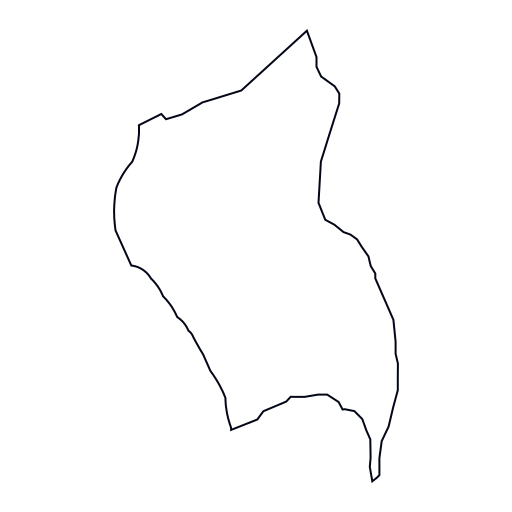 Mit Ghamr, Ad Daqahliyah, Egypt (Natural Earth projection)
{"feature_id": "37247803B10909701940084", "entity_name": "Mit Ghamr", "entity_type": "district", "adm_level": 2, "iso_a3": "EGY", "parent_name": "Egypt", "parent_adm1": "Ad Daqahliyah", "projection": "natural_earth1", "projection_center": [31.269, 30.712], "detail": "fine", "context": "isolated", "style": "outline", "palette": "ink", "viewbox_px": 512, "rotation_deg": 0, "n_neighbors": 0, "source": "geoboundaries", "source_scale": "gbopen_adm2", "svg_char_len": 3394}
<svg xmlns="http://www.w3.org/2000/svg" viewBox="0 0 512 512"><path d="M231.1,429.9L257.3,419.5L263.4,411.2L286.2,401.6L290.7,396.8L297.6,396.9L304.4,396.9L318.1,394.6L327.2,394.6L338.6,402.0L342.6,409.5L344.7,409.2L354.4,411.1L362.3,419.1L366.3,430.3L370.3,439.4L370.6,457.7L369.8,466.9L372.3,481.3L377.1,477.5L379.4,475.1L379.4,472.7L379.4,470.2L379.4,465.4L379.4,463.0L379.4,458.1L381.7,441.1L388.6,426.6L393.2,407.2L395.0,400.6L397.8,390.2L397.8,385.4L397.8,378.1L397.9,363.5L395.6,353.8L395.6,341.7L393.4,319.8L375.3,278.4L375.3,273.5L370.8,266.2L369.5,261.0L368.5,256.5L361.7,246.8L357.1,239.4L350.3,234.5L343.5,232.1L334.4,224.7L325.3,219.8L322.1,211.9L321.2,209.6L318.5,202.8L319.9,178.6L320.9,161.5L324.8,149.1L328.4,137.5L333.9,120.1L339.2,103.4L339.3,93.6L334.7,86.3L327.9,81.4L321.1,76.5L316.5,66.8L316.5,57.1L306.9,30.7L241.3,90.5L220.5,96.9L202.5,102.4L182.0,114.4L166.0,119.2L161.3,114.0L138.9,125.2L138.9,125.9L139.0,126.7L139.0,128.7L139.0,130.7L139.0,132.6L138.9,134.6L138.7,136.5L138.5,138.5L138.3,140.4L138.0,142.3L137.7,144.3L137.3,146.2L136.9,148.1L136.4,150.0L135.9,151.8L135.3,153.7L134.7,155.5L134.0,157.4L133.3,159.2L132.5,161.0L132.4,161.4L132.2,161.8L131.3,162.8L130.0,164.3L128.7,165.9L127.5,167.5L126.3,169.1L125.2,170.8L124.0,172.5L123.0,174.2L121.9,176.0L121.0,177.7L120.0,179.5L119.1,181.4L118.2,183.2L117.4,185.1L116.7,187.0L116.4,187.6L116.0,190.0L115.6,192.5L115.2,194.9L114.9,197.4L114.7,199.8L114.5,202.3L114.3,204.8L114.2,207.3L114.1,209.7L114.1,212.2L114.2,214.7L114.2,217.2L114.4,219.7L114.6,222.1L114.8,224.6L115.1,227.1L115.4,229.5L115.5,230.0L115.5,230.4L131.3,265.5L131.7,265.6L132.0,265.6L133.1,265.8L134.2,266.0L134.8,266.2L135.3,266.3L136.4,266.6L137.0,266.8L137.5,267.0L138.6,267.4L139.1,267.7L139.6,267.9L140.6,268.4L141.1,268.7L141.6,269.0L142.6,269.6L143.0,269.9L143.5,270.2L144.4,270.9L144.9,271.3L145.3,271.7L146.2,272.4L146.6,272.8L147.0,273.3L147.8,274.1L148.2,274.5L148.5,275.0L149.3,275.9L149.6,276.4L149.9,276.9L150.6,277.8L150.7,278.0L150.9,278.4L151.0,278.4L152.0,279.5L152.6,280.1L153.2,280.7L154.2,281.9L154.7,282.5L155.3,283.1L156.2,284.3L156.7,285.0L157.2,285.6L158.1,286.9L158.5,287.6L159.0,288.3L159.8,289.6L160.2,290.3L160.6,291.0L161.3,292.5L161.7,293.2L162.0,293.9L162.1,294.0L162.7,295.4L163.1,296.4L163.7,296.9L164.9,298.2L166.1,299.4L167.2,300.8L168.3,302.1L169.4,303.5L170.5,305.0L171.5,306.4L172.4,307.9L173.3,309.4L174.2,311.0L175.1,312.5L175.8,314.1L176.6,315.7L177.2,317.0L177.6,317.3L177.9,317.5L178.5,318.0L179.5,318.7L179.9,319.1L180.4,319.4L181.3,320.3L181.7,320.7L182.2,321.1L183.0,322.0L183.4,322.4L183.8,322.9L184.5,323.8L184.9,324.3L185.2,324.8L185.9,325.8L186.2,326.3L186.6,326.9L187.1,327.9L187.4,328.5L187.7,329.0L188.2,330.1L188.5,330.7L189.1,331.2L189.6,331.7L189.7,331.8L190.0,332.0L190.3,332.3L190.9,332.9L191.4,333.6L191.9,334.3L192.4,335.2L193.8,338.1L195.3,340.9L196.9,343.8L198.5,346.6L200.1,349.4L201.7,352.1L201.8,352.2L203.1,354.4L210.4,370.9L211.6,372.6L213.0,374.5L214.3,376.5L215.6,378.5L216.8,380.5L218.1,382.6L219.2,384.6L220.3,386.7L221.4,388.9L222.5,391.0L223.5,393.2L224.4,395.4L225.3,397.6L225.4,397.9L225.5,399.7L225.6,401.8L225.7,403.9L225.9,406.0L226.2,408.0L226.5,410.1L226.8,412.2L227.2,414.2L227.7,416.3L228.1,418.3L228.7,420.3L229.3,422.3L229.9,424.3L230.6,426.3L231.1,427.9L231.1,428.2L231.1,428.4L231.1,429.7L231.1,429.9Z" fill="none" stroke="#020617" stroke-width="2"/></svg>